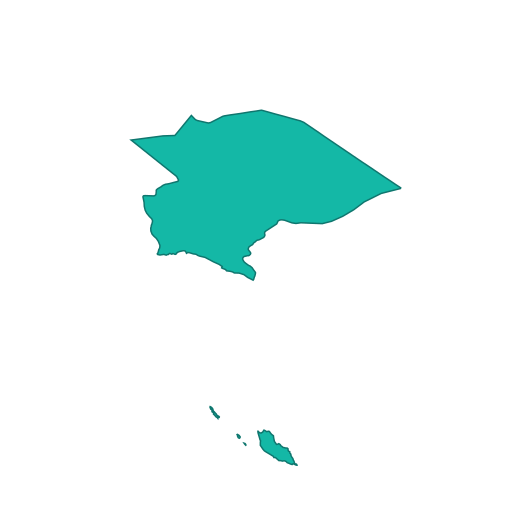 Hadramawt, orthographic projection, rotated 42°
{"feature_id": "YEM-3497", "entity_name": "Hadramawt", "entity_type": "Governorate", "adm_level": 1, "iso_a3": "YEM", "parent_name": "Yemen", "parent_adm1": "", "projection": "orthographic", "projection_center": [51.058, 15.554], "detail": "fine", "context": "isolated", "style": "filled", "palette": "teal", "viewbox_px": 512, "rotation_deg": 42, "n_neighbors": 0, "source": "natural_earth", "source_scale": "10m", "svg_char_len": 4901}
<svg xmlns="http://www.w3.org/2000/svg" viewBox="0 0 512 512"><g transform="rotate(42 256 256)"><path d="M317.9,108.5L318.2,109.2L307.2,125.7L300.2,143.4L297.7,156.2L293.9,168.4L288.9,179.7L283.6,187.6L267.1,201.3L263.9,205.1L260.6,207.3L253.3,210.3L251.6,211.4L250.6,212.2L249.7,213.3L249.0,215.0L249.1,215.9L249.5,216.8L249.9,218.4L246.6,230.8L246.5,232.4L247.1,233.2L247.7,233.9L248.6,234.4L249.1,235.5L249.3,237.0L247.7,241.4L247.0,242.6L246.3,243.4L246.0,244.9L246.0,245.9L245.6,247.2L245.6,248.3L245.8,249.3L245.8,250.1L245.4,251.0L245.1,252.1L244.7,253.8L245.1,255.3L245.8,256.3L247.1,256.7L248.3,256.8L250.0,257.3L250.4,257.7L250.7,258.6L250.5,260.3L250.1,260.9L249.4,261.5L248.6,262.8L248.0,263.6L247.5,264.4L247.4,265.1L247.4,265.9L247.7,266.6L248.3,267.4L250.9,268.3L252.9,268.3L256.1,268.0L257.2,267.8L258.2,267.4L260.9,267.3L263.7,268.0L265.9,268.4L266.9,268.8L267.6,269.9L268.0,270.7L268.5,271.5L268.8,272.7L269.2,273.4L269.5,274.2L269.9,274.8L269.9,275.6L270.0,275.9L264.1,277.5L259.6,277.9L255.7,279.6L254.6,280.2L251.5,282.9L250.9,283.2L249.2,283.5L246.8,284.8L244.1,286.7L243.5,286.7L242.7,286.4L241.7,286.7L239.9,287.4L239.1,287.7L238.8,287.7L238.4,287.8L238.1,286.9L237.9,286.4L237.5,286.4L236.9,286.6L234.2,286.9L228.3,288.8L219.1,291.1L214.2,293.8L212.4,294.5L210.5,294.8L209.7,295.2L208.0,296.4L204.5,298.0L202.9,299.1L202.6,300.5L202.2,300.4L201.5,300.0L200.7,299.8L199.7,299.8L198.9,300.3L198.3,300.9L196.2,303.8L195.4,305.4L195.0,307.1L195.3,307.4L195.3,307.8L195.2,308.3L195.1,308.6L194.6,309.0L192.9,309.6L192.5,309.9L192.3,310.9L191.7,311.3L190.9,311.4L190.2,311.8L190.0,312.1L189.9,312.4L189.9,313.4L189.8,313.6L189.5,313.9L189.2,314.2L188.8,315.3L188.0,315.8L186.5,316.4L184.0,319.5L183.2,320.0L182.9,320.1L182.4,320.4L182.2,320.6L181.9,320.6L181.6,320.6L181.2,320.5L181.2,320.2L181.1,319.6L180.8,318.8L179.7,316.7L179.4,316.0L179.3,315.2L179.0,314.4L178.4,313.5L177.5,312.4L173.7,310.5L170.2,309.6L166.9,309.6L164.2,309.3L161.2,307.8L159.1,305.7L158.6,304.5L157.6,303.1L157.2,301.8L156.3,300.1L155.6,299.1L154.5,298.5L153.5,298.1L150.4,298.0L146.1,297.3L143.0,296.1L139.8,293.9L136.9,291.0L132.4,287.7L132.1,286.6L133.1,285.4L139.9,279.7L140.5,278.5L140.5,277.2L138.8,274.9L137.8,273.8L137.8,272.7L138.0,271.5L139.2,267.9L139.3,266.9L139.7,265.4L140.7,263.3L142.5,261.1L148.0,252.8L147.6,251.4L143.8,250.0L85.6,253.4L106.5,229.0L115.1,220.7L113.9,194.8L119.3,195.2L120.6,195.0L121.9,194.5L126.9,191.7L131.7,189.0L131.7,188.9L132.9,187.3L135.8,179.8L137.8,174.5L138.6,173.2L142.6,168.2L148.9,160.7L155.4,152.6L159.2,148.1L162.4,144.1L163.4,143.5L168.6,140.9L175.7,137.4L183.5,133.4L190.6,129.9L196.4,127.0L198.3,126.0L202.1,124.7L207.3,124.0L213.8,123.1L220.4,122.2L226.9,121.4L233.4,120.5L239.9,119.6L246.4,118.7L252.9,117.8L259.5,116.9L266.0,116.0L272.5,115.1L279.0,114.1L285.5,113.2L292.0,112.3L298.5,111.4L305.0,110.4L311.5,109.5L317.9,108.5ZM423.5,384.3L424.6,384.1L425.3,383.6L425.8,383.7L426.4,384.0L425.9,384.5L424.6,384.9L423.7,385.2L422.9,385.4L422.5,385.7L422.4,386.8L420.6,387.6L419.2,388.0L417.5,388.7L415.7,388.6L414.1,389.2L413.8,389.5L413.0,390.6L412.6,390.9L411.5,391.4L410.3,392.4L409.7,392.8L408.5,392.7L406.5,392.8L405.8,392.7L405.1,392.9L404.2,393.8L403.3,393.5L402.6,393.3L401.3,393.6L399.5,393.9L394.5,394.9L392.6,395.2L390.2,394.9L387.9,394.3L385.9,393.8L385.1,392.9L384.4,392.1L383.7,391.3L383.1,390.3L382.0,389.9L380.3,388.8L375.9,386.1L374.9,385.2L374.7,385.0L375.1,384.7L376.2,385.0L377.1,384.9L378.0,384.3L378.2,384.2L378.3,383.8L378.6,383.0L378.8,382.6L378.4,380.1L379.1,379.8L379.8,379.7L381.5,379.4L381.9,378.7L382.4,378.1L382.8,377.6L383.6,377.5L385.9,378.0L387.2,378.1L388.2,378.0L389.2,377.9L390.9,379.4L393.8,381.5L395.7,381.9L397.3,382.3L398.1,381.3L398.5,380.2L399.7,380.0L400.5,380.0L401.2,380.4L402.6,380.2L404.1,380.2L405.6,379.3L406.1,379.1L407.1,378.4L407.6,377.9L408.7,377.8L409.2,378.3L409.8,378.8L410.7,379.3L411.4,379.1L411.9,378.8L412.1,378.9L412.5,379.4L412.9,379.8L413.6,379.8L414.6,380.0L415.0,380.6L415.6,380.9L417.1,381.5L418.8,381.8L420.5,382.8L421.4,383.0L423.5,384.3ZM332.2,400.0L333.5,400.5L335.8,400.0L336.4,400.1L336.6,400.5L336.1,400.7L335.6,401.2L336.0,401.5L336.4,402.2L335.2,402.0L334.7,402.1L333.9,402.3L332.0,402.0L330.1,401.9L329.9,401.5L329.5,400.9L329.2,400.9L328.9,400.9L328.1,401.1L327.6,401.2L327.4,401.1L327.0,400.4L326.9,400.2L326.6,400.2L325.8,399.9L325.2,400.0L324.8,400.1L324.5,399.9L324.3,399.8L322.9,399.1L322.7,398.6L323.4,398.4L324.0,398.3L325.0,398.3L326.3,398.6L327.6,399.5L328.5,399.8L329.2,399.7L330.4,399.9L332.2,400.0ZM364.2,400.9L364.9,400.8L365.5,401.3L365.7,402.0L365.6,402.6L365.0,402.8L364.4,402.9L363.1,402.4L362.3,401.7L361.4,401.4L361.5,401.0L362.2,400.8L362.7,400.8L363.2,400.7L363.6,400.6L364.2,400.9ZM372.4,403.1L373.3,402.7L374.1,402.8L374.5,403.0L375.0,403.2L375.0,403.5L373.7,403.4L373.1,403.3L372.4,403.1Z" fill="#14b8a6" stroke="#0f766e" stroke-width="1.5"/></g></svg>